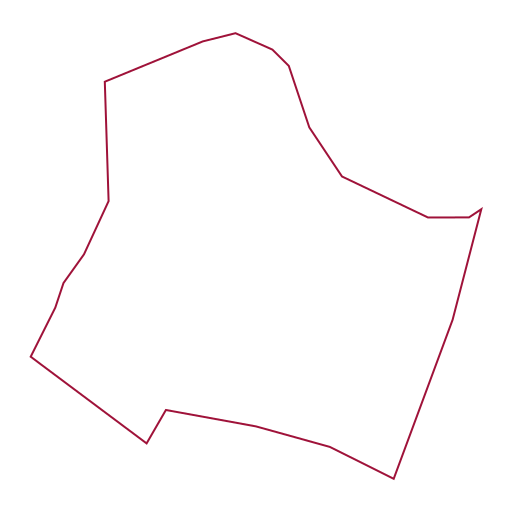 Seongdong-gu, Seoul, South Korea (orthographic projection)
{"feature_id": "91817680B63185877293812", "entity_name": "Seongdong-gu", "entity_type": "district", "adm_level": 2, "iso_a3": "KOR", "parent_name": "South Korea", "parent_adm1": "Seoul", "projection": "orthographic", "projection_center": [127.043, 37.542], "detail": "fine", "context": "isolated", "style": "outline", "palette": "rose", "viewbox_px": 512, "rotation_deg": 0, "n_neighbors": 0, "source": "geoboundaries", "source_scale": "gbopen_adm2", "svg_char_len": 393}
<svg xmlns="http://www.w3.org/2000/svg" viewBox="0 0 512 512"><path d="M393.7,478.8L452.6,319.8L481.3,209.2L469.0,217.4L428.0,217.5L342.0,176.5L309.3,127.4L288.8,65.9L272.4,49.6L235.5,33.2L202.8,41.4L104.8,81.7L108.6,201.1L84.0,254.3L63.5,283.0L55.3,307.6L30.7,356.7L41.2,364.6L146.6,443.4L165.9,410.0L256.0,426.4L329.8,446.9L393.7,478.8Z" fill="none" stroke="#9f1239" stroke-width="2"/></svg>